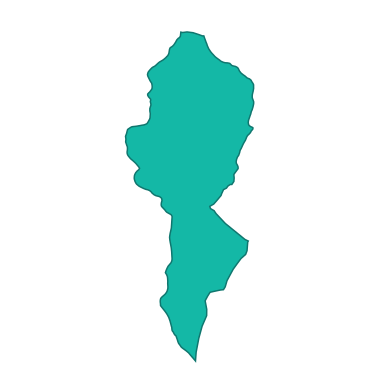 Drametse, Tashigang, Bhutan, rotated 220°
{"feature_id": "84629894B36309524105984", "entity_name": "Drametse", "entity_type": "district", "adm_level": 2, "iso_a3": "BTN", "parent_name": "Bhutan", "parent_adm1": "Tashigang", "projection": "orthographic", "projection_center": [91.464, 27.347], "detail": "fine", "context": "isolated", "style": "filled", "palette": "teal", "viewbox_px": 384, "rotation_deg": 220, "n_neighbors": 0, "source": "geoboundaries", "source_scale": "gbopen_adm2", "svg_char_len": 4264}
<svg xmlns="http://www.w3.org/2000/svg" viewBox="0 0 384 384"><g transform="rotate(220 192 192)"><path d="M117.4,190.6L120.9,189.7L146.2,189.3L159.7,190.9L163.1,191.9L165.9,191.4L167.2,191.2L169.2,192.4L167.6,196.7L167.5,201.0L167.5,205.5L167.5,208.0L168.2,209.8L169.4,214.1L168.1,217.1L168.3,219.7L167.6,222.2L166.3,223.4L166.7,227.0L168.7,229.8L171.2,232.3L171.4,234.4L171.7,239.5L172.8,240.8L174.2,241.6L176.3,242.4L177.6,243.5L178.3,244.7L178.9,245.8L179.7,248.2L179.8,250.0L180.8,252.7L181.5,254.0L182.0,255.2L182.3,257.0L183.2,260.2L183.5,261.3L183.8,262.6L184.1,264.3L184.3,265.8L184.9,267.7L185.3,268.8L185.6,270.0L185.7,271.4L185.5,272.7L185.4,275.1L185.8,276.5L185.8,278.5L185.9,279.5L186.7,280.4L188.0,280.2L188.9,279.8L191.0,279.7L192.1,280.1L193.6,281.4L194.7,283.1L195.5,285.1L196.1,286.7L196.6,287.9L197.1,289.4L197.7,290.6L198.3,291.8L198.8,293.7L199.3,294.8L199.8,296.0L200.4,297.2L201.3,298.9L201.9,299.8L202.8,300.8L204.3,301.7L205.6,302.4L206.7,303.2L207.9,304.7L208.5,305.6L208.9,306.4L209.4,307.4L209.9,308.4L210.7,309.8L211.4,311.0L212.3,312.0L213.2,313.1L214.0,313.9L215.5,314.5L216.6,314.8L217.7,315.2L218.6,315.6L220.7,315.6L222.1,315.1L223.2,314.8L225.1,314.9L226.4,314.9L228.0,314.7L229.2,314.7L230.6,314.6L232.0,314.9L233.2,315.1L234.1,315.5L235.6,316.2L237.0,316.6L238.7,316.3L239.7,316.0L240.6,315.5L241.6,315.0L242.9,314.5L244.5,314.7L245.7,314.8L246.6,314.4L247.8,313.7L249.7,312.3L251.4,311.5L253.4,310.9L254.6,310.7L255.6,310.8L256.6,310.7L258.5,310.6L259.5,310.5L261.4,310.5L262.9,310.7L264.3,310.9L265.5,311.0L267.7,311.4L269.8,312.0L270.9,312.3L272.4,313.0L274.4,314.0L275.3,314.6L276.5,315.3L277.4,315.7L278.2,316.2L279.9,317.2L281.2,317.9L283.3,319.2L284.3,318.3L288.4,316.8L293.6,314.7L298.7,311.4L300.8,309.1L301.9,308.0L303.3,307.3L301.0,303.8L300.9,302.1L301.3,300.9L301.4,298.7L300.9,296.5L300.5,293.1L300.6,291.5L300.8,290.4L301.2,289.3L301.4,288.2L300.9,286.8L299.1,283.8L298.6,282.6L298.2,280.7L298.4,279.6L298.4,278.2L298.9,275.2L299.3,273.8L300.4,270.8L300.7,269.5L301.2,265.5L301.5,264.2L302.2,262.6L302.5,261.5L302.7,259.1L302.7,256.4L302.5,255.3L301.7,253.5L300.8,252.7L300.0,252.2L295.7,250.3L294.5,249.9L293.0,249.5L291.5,248.4L290.2,247.1L289.2,245.7L288.9,244.8L288.7,241.3L288.9,240.0L288.9,238.5L288.2,237.7L286.7,237.0L283.4,236.5L282.7,235.8L282.0,234.4L280.6,233.4L279.7,232.6L279.1,231.7L278.7,230.6L277.9,228.8L276.4,227.0L274.3,225.2L271.8,221.8L271.3,220.5L270.9,218.6L270.5,216.5L270.5,215.1L271.8,212.7L273.6,210.6L274.3,209.7L277.1,206.4L279.5,203.9L280.1,203.1L280.6,201.9L281.3,199.4L281.5,198.5L280.7,196.7L279.8,194.9L278.7,191.9L277.8,191.1L276.6,190.0L275.0,187.7L271.6,185.6L270.6,185.1L269.3,183.7L268.5,182.6L267.5,181.0L266.6,180.0L265.3,179.1L263.7,178.6L260.5,178.0L257.2,178.0L254.7,177.9L253.5,177.8L249.0,177.0L247.4,176.5L247.1,174.8L247.5,173.0L247.5,170.5L247.1,168.8L246.7,167.7L246.2,166.9L245.2,165.5L244.2,164.6L242.5,163.5L240.9,162.8L239.5,162.4L236.5,162.4L234.9,162.7L231.3,163.6L229.2,164.3L227.2,165.3L225.5,165.8L223.7,165.9L221.9,165.5L219.3,165.5L217.2,166.0L215.6,166.8L213.9,167.6L212.4,167.7L211.2,167.6L209.6,166.3L208.4,163.8L207.3,162.3L206.4,161.6L205.4,161.3L201.2,160.8L199.6,160.4L198.2,160.3L193.4,161.2L191.5,160.5L190.7,159.4L184.7,151.2L183.7,149.3L182.1,146.2L180.6,143.7L179.9,142.7L178.0,140.9L176.6,139.7L172.0,135.9L169.1,133.1L167.8,131.7L164.4,128.1L163.4,126.7L162.9,125.4L162.6,124.3L162.6,122.9L162.6,119.8L162.1,117.6L161.4,115.3L161.0,114.3L160.5,113.1L158.4,112.4L157.4,111.9L156.4,111.3L155.3,110.3L153.2,108.1L151.8,106.3L149.5,103.9L148.5,102.6L147.3,100.0L147.0,98.3L146.9,96.5L147.2,94.3L147.5,92.8L147.6,90.4L146.8,88.8L145.7,87.4L144.7,86.5L143.0,84.7L140.6,84.2L136.2,83.3L134.5,82.9L132.2,82.2L129.2,81.0L125.8,79.0L122.7,76.8L121.6,76.0L120.6,75.4L119.0,73.8L118.0,73.0L116.5,72.7L114.6,71.9L113.5,71.5L111.8,71.5L108.4,69.5L106.4,68.2L104.9,67.4L103.0,67.0L100.6,66.3L98.9,66.3L97.4,66.4L94.3,66.6L91.2,66.6L88.5,66.1L80.7,64.8L85.9,72.0L92.8,84.4L98.0,95.7L101.3,106.7L105.3,111.6L112.0,117.1L113.1,122.3L113.7,126.8L110.9,130.5L107.3,135.1L105.1,137.4L105.6,140.7L108.2,146.6L110.8,159.2L111.3,165.9L111.7,172.5L110.8,178.7L112.1,182.4L117.1,189.4L117.4,190.6Z" fill="#14b8a6" stroke="#0f766e" stroke-width="1.5"/></g></svg>